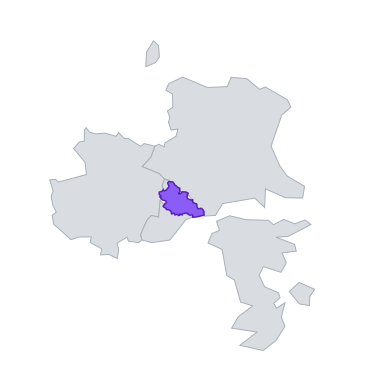 Belgium highlighted, Robinson projection, rotated 193°
{"feature_id": "BEL", "entity_name": "Belgium", "entity_type": "country or territory", "adm_level": 0, "iso_a3": "BEL", "parent_name": "Europe", "parent_adm1": "", "projection": "robinson", "projection_center": [4.727, 50.501], "detail": "fine", "context": "with_neighbors", "style": "filled", "palette": "violet", "viewbox_px": 384, "rotation_deg": 193, "n_neighbors": 5, "source": "natural_earth", "source_scale": "50m", "svg_char_len": 4449}
<svg xmlns="http://www.w3.org/2000/svg" viewBox="0 0 384 384"><g transform="rotate(193 192 192)"><path d="M221.7,198.3L227.8,202.5L246.4,205.5L240.0,216.7L238.5,228.3L235.0,231.1L229.1,229.6L229.5,233.7L220.1,242.8L219.9,250.2L226.2,247.6L230.7,254.8L230.2,259.4L234.2,265.5L229.7,270.4L233.2,283.2L240.4,285.3L239.0,292.4L227.0,301.8L200.7,297.3L181.3,302.6L179.7,312.6L164.1,314.7L149.2,307.2L144.2,310.8L119.8,303.3L114.7,296.9L121.9,287.0L125.3,254.4L112.4,237.3L103.1,229.1L83.6,222.8L82.8,211.0L99.7,207.4L121.2,211.6L117.7,193.2L129.6,200.2L159.7,187.5L163.8,174.5L174.9,171.2L176.7,176.8L182.6,177.1L197.3,191.1L203.9,189.8L218.0,198.6L221.7,198.3ZM256.7,310.0L265.2,303.7L267.8,317.9L263.6,330.6L257.5,327.2L254.1,316.1L256.7,310.0Z" fill="#d9dde1" stroke="#a8b0b8" stroke-width="1"/><path d="M319.6,129.6L323.0,137.8L319.8,142.0L324.6,147.7L328.3,156.2L327.6,161.7L333.4,171.9L327.9,173.6L324.4,171.7L298.8,185.3L302.9,196.9L317.2,207.8L313.0,215.3L308.4,217.4L310.7,228.0L309.6,230.8L305.4,227.4L299.2,226.9L290.0,229.8L278.5,229.2L276.8,233.4L270.1,228.9L266.2,229.8L252.2,224.9L249.6,228.4L238.5,228.3L240.0,216.7L246.4,205.5L227.8,202.5L221.7,198.3L222.4,191.1L219.8,187.5L221.1,176.7L218.9,160.0L226.4,160.0L229.6,154.0L232.5,139.4L230.1,134.0L232.5,130.6L242.8,129.8L245.2,133.3L253.5,125.4L250.5,119.5L249.7,110.4L259.1,112.5L266.9,110.1L267.3,116.3L279.9,120.0L280.0,125.6L292.4,122.6L299.2,118.3L319.6,129.6Z" fill="#d9dde1" stroke="#a8b0b8" stroke-width="1"/><path d="M219.8,187.5L222.4,191.1L221.7,198.3L215.1,197.2L216.5,188.1L219.8,187.5Z" fill="#d9dde1" stroke="#a8b0b8" stroke-width="1"/><path d="M230.1,134.0L232.5,139.4L229.6,154.0L226.4,160.0L218.9,160.0L221.1,176.7L206.1,166.0L194.4,169.3L185.1,168.1L191.7,163.7L202.7,140.3L219.7,133.6L230.1,134.0Z" fill="#d9dde1" stroke="#a8b0b8" stroke-width="1"/><path d="M67.4,127.9L50.6,124.8L53.8,116.3L51.9,107.8L62.2,107.1L74.8,116.9L67.4,127.9ZM105.6,135.3L107.9,126.0L99.9,116.0L85.1,113.2L82.4,108.9L87.3,101.9L83.6,97.7L76.5,105.0L76.8,90.0L71.3,82.1L76.8,66.1L87.0,53.5L110.9,53.4L97.1,70.2L122.7,68.2L118.9,80.8L107.3,94.7L119.9,95.7L130.9,115.8L139.3,118.4L149.8,142.8L164.9,145.9L163.1,156.1L156.6,160.7L161.5,169.0L149.9,177.3L132.9,177.2L111.1,181.6L105.3,178.4L96.5,185.9L84.8,184.1L75.5,190.2L68.9,187.0L88.5,170.3L100.0,166.8L80.3,164.1L77.1,157.8L90.6,152.9L84.2,144.3L87.2,133.8L105.6,135.3Z" fill="#d9dde1" stroke="#a8b0b8" stroke-width="1"/><path d="M196.6,167.4L197.6,167.8L198.5,167.9L198.9,167.8L198.6,166.8L199.4,166.3L200.1,166.0L200.5,166.5L201.2,166.9L201.8,166.9L203.3,165.8L203.7,166.0L204.0,166.4L204.1,166.7L204.2,167.0L204.5,167.2L205.7,167.1L206.3,166.5L206.8,166.1L207.2,166.4L207.4,167.1L207.7,168.1L209.1,169.2L210.4,169.5L211.9,169.3L212.5,169.1L212.9,169.2L213.3,169.8L214.1,170.4L216.0,170.9L216.5,171.2L216.9,171.6L216.8,172.2L216.0,173.8L215.8,174.2L216.0,174.4L215.8,174.7L214.7,175.7L214.6,176.1L214.9,176.7L215.3,177.2L215.9,177.4L216.6,177.5L217.8,177.6L219.1,177.6L219.2,177.9L220.7,178.7L221.1,179.4L222.2,180.0L221.3,180.9L221.5,181.2L221.8,181.6L222.9,181.8L223.5,182.4L223.6,183.2L223.9,184.5L221.5,185.8L220.8,187.3L220.7,187.6L220.4,187.1L219.9,187.1L218.9,186.9L217.5,188.2L216.9,189.4L216.5,190.2L216.0,190.9L215.9,191.6L215.9,191.9L215.8,192.3L215.7,192.7L216.6,193.5L216.8,193.9L217.8,195.3L217.4,195.9L217.2,196.4L216.9,196.8L216.6,197.1L215.6,197.1L214.3,197.2L213.4,197.5L213.0,197.5L212.0,196.8L211.0,195.7L210.3,195.2L210.0,194.8L209.2,194.6L208.1,194.1L207.3,193.5L206.6,193.2L205.6,193.0L204.8,193.0L204.5,192.0L204.4,190.9L203.8,190.2L204.7,187.4L204.1,187.1L203.6,187.3L202.7,188.0L202.3,188.8L202.1,189.5L200.6,190.2L198.4,190.5L195.9,190.2L195.6,190.0L195.4,189.8L195.4,189.6L195.6,189.2L196.0,188.7L196.1,188.1L195.7,187.5L195.4,187.3L195.5,186.7L195.9,186.0L195.9,185.6L194.3,184.4L193.1,184.2L191.9,184.2L191.0,184.0L190.5,184.1L190.1,184.4L189.7,184.7L189.5,184.4L189.0,182.3L188.6,181.9L187.1,181.6L185.0,181.5L184.5,181.1L184.2,180.1L184.0,179.0L183.3,177.9L183.0,177.6L182.4,177.1L181.3,177.3L180.0,178.0L179.3,178.1L179.0,178.2L178.0,177.6L176.8,176.6L175.9,175.6L175.7,175.0L176.0,174.3L175.7,173.8L175.2,172.8L175.1,172.1L180.6,169.4L184.0,168.0L185.6,167.6L185.9,169.0L186.2,169.4L186.6,169.7L187.1,169.7L187.7,169.4L188.5,169.0L189.7,169.2L190.7,169.5L191.0,169.9L191.6,170.2L192.5,170.3L194.3,169.7L196.0,168.7L196.5,168.0L196.6,167.4Z" fill="#8b5cf6" stroke="#5b21b6" stroke-width="1.5"/></g></svg>